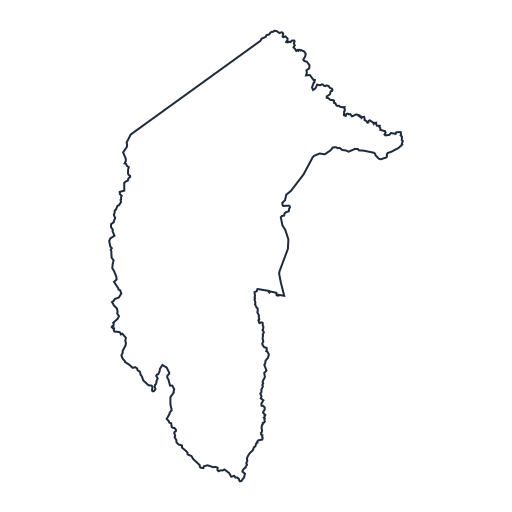 Unincorporated ACT, Australian Capital Territory, Australia (Albers equal-area conic projection)
{"feature_id": "25037944B15172244637897", "entity_name": "Unincorporated ACT", "entity_type": "district", "adm_level": 2, "iso_a3": "AUS", "parent_name": "Australia", "parent_adm1": "Australian Capital Territory", "projection": "albers", "projection_center": [149.092, -35.522], "detail": "fine", "context": "isolated", "style": "outline", "palette": "slate", "viewbox_px": 512, "rotation_deg": 0, "n_neighbors": 0, "source": "geoboundaries", "source_scale": "gbopen_adm2", "svg_char_len": 6050}
<svg xmlns="http://www.w3.org/2000/svg" viewBox="0 0 512 512"><path d="M313.6,80.1L309.8,75.0L306.0,75.4L306.9,72.7L306.4,70.3L309.2,68.4L309.5,65.2L306.9,61.8L304.3,61.0L303.3,59.7L305.1,56.5L305.8,54.0L304.2,51.5L301.3,50.2L300.4,50.5L300.0,49.9L298.9,49.9L298.5,50.6L297.8,50.0L296.7,51.0L295.9,50.7L295.9,49.9L293.5,47.3L294.8,45.3L293.8,43.4L294.6,41.6L294.3,40.6L292.0,40.5L290.5,42.1L289.0,41.7L287.8,42.4L286.2,42.1L286.5,41.2L287.4,40.6L287.6,38.6L285.4,36.4L283.4,37.2L282.6,36.6L283.2,34.1L282.6,32.7L281.8,32.3L279.4,33.0L276.8,31.2L274.3,30.7L273.0,31.9L271.8,31.8L270.5,32.6L269.1,34.5L266.5,35.1L265.8,36.8L261.4,38.8L260.6,40.7L130.7,134.5L126.6,142.6L127.1,144.8L126.9,146.8L123.1,152.4L125.8,158.8L125.8,161.0L124.6,163.4L125.9,163.7L126.8,165.7L128.8,167.2L128.1,169.5L128.0,173.4L128.6,174.9L130.1,175.9L130.2,176.9L128.4,178.4L127.8,180.6L125.9,181.4L124.2,182.9L124.3,190.6L119.7,191.9L119.9,194.1L121.7,195.8L121.1,197.1L121.1,199.4L120.5,200.0L121.1,201.9L119.0,205.2L117.5,205.8L116.0,209.6L114.7,210.6L114.6,213.0L113.8,214.9L115.2,218.0L113.7,221.4L113.8,222.2L111.2,224.0L111.0,225.0L111.0,227.2L112.8,229.7L112.6,231.4L114.5,235.7L110.3,238.4L109.2,241.0L110.3,246.5L111.8,248.2L110.7,249.7L111.3,251.1L111.6,257.7L113.6,260.4L112.6,264.5L112.3,268.2L114.1,271.2L116.3,276.6L116.6,279.5L114.0,281.9L118.3,288.3L118.5,289.5L120.1,290.2L121.3,293.5L118.8,297.5L114.8,299.0L113.7,300.9L112.0,302.0L114.0,305.5L116.9,308.5L117.6,311.6L117.2,313.5L119.0,316.2L117.6,318.8L113.2,322.8L113.7,323.4L113.4,326.1L112.4,326.1L111.7,327.0L112.9,328.3L114.1,328.4L113.8,330.5L114.4,331.5L119.0,332.0L120.2,332.6L120.9,334.4L122.3,333.7L125.9,337.8L125.3,340.6L125.9,343.2L125.5,345.6L122.7,350.8L122.7,352.9L121.4,355.4L122.6,358.6L124.9,361.2L125.0,362.0L129.1,364.6L132.6,367.8L135.3,367.2L137.1,368.5L137.6,370.3L139.5,371.4L140.1,372.3L140.6,374.8L141.9,376.4L143.2,380.3L148.4,385.2L151.6,385.6L152.5,386.9L152.0,390.1L152.4,391.1L153.2,391.4L154.2,390.9L155.5,389.1L154.7,386.5L155.0,385.0L156.1,383.8L156.6,380.6L157.7,378.5L156.2,375.8L157.0,374.5L158.3,374.2L159.6,371.1L160.0,368.7L162.4,365.0L166.6,367.5L169.2,372.6L169.2,373.8L167.4,375.6L167.2,377.5L168.5,379.6L170.0,385.6L172.2,385.6L174.2,389.3L173.6,391.5L173.8,392.4L170.4,397.2L170.4,404.5L171.7,410.1L169.6,412.8L169.5,414.0L166.7,418.9L168.7,421.0L169.3,422.6L171.2,423.3L171.7,427.1L172.7,427.8L174.4,427.9L176.0,429.9L175.8,431.3L174.5,432.0L174.2,433.1L175.2,435.6L174.6,437.2L176.4,440.2L176.4,441.9L177.2,443.2L178.8,444.6L182.0,445.5L181.9,447.5L186.8,451.7L187.6,453.0L187.6,454.4L191.4,456.0L193.3,459.2L199.6,465.0L200.0,467.1L201.1,467.8L203.3,468.1L203.9,466.3L207.6,465.3L213.2,467.2L215.6,466.9L217.6,467.7L217.5,470.2L218.5,471.2L220.3,470.4L222.8,470.4L224.4,469.5L229.2,473.1L231.2,476.7L234.3,475.9L235.4,477.5L237.0,477.5L238.9,478.9L239.3,480.6L240.0,481.3L241.4,481.0L243.9,477.6L245.0,473.8L242.4,471.6L242.5,470.8L243.6,469.0L245.7,467.4L245.6,466.6L247.0,464.8L246.3,463.0L247.3,460.9L246.9,458.4L248.2,455.5L249.8,453.1L252.8,450.3L253.9,447.3L255.3,446.4L256.4,443.1L257.5,442.6L257.3,441.5L258.4,440.3L262.2,439.6L262.7,438.1L262.1,436.5L262.4,435.2L261.3,434.7L260.9,433.1L261.7,432.2L262.1,430.5L261.5,427.6L262.0,425.1L262.8,424.2L262.7,423.0L264.0,422.6L264.8,421.7L264.4,419.8L264.8,418.7L263.8,417.6L264.4,417.2L265.3,415.1L264.5,414.9L264.5,414.1L263.2,412.9L263.1,412.0L264.7,409.7L264.6,407.2L262.8,405.8L261.6,405.8L261.4,405.0L261.4,403.5L263.4,400.3L260.7,398.3L261.5,396.5L260.3,393.6L261.5,391.9L261.3,389.9L262.9,386.4L262.3,385.0L263.2,383.3L262.6,382.5L262.8,381.2L264.9,377.0L264.2,373.0L266.5,370.6L264.3,364.8L265.1,363.8L265.6,360.6L268.0,357.8L268.9,354.5L267.3,351.5L266.3,351.2L266.8,349.3L266.6,347.9L264.3,347.3L262.4,344.7L262.3,343.4L263.3,341.5L262.6,338.4L263.0,335.6L262.7,334.6L263.9,332.3L262.5,329.9L263.1,329.2L263.4,326.6L262.8,325.7L262.6,322.7L261.1,322.4L259.5,323.1L258.9,322.3L258.8,320.6L258.4,320.2L259.3,319.2L258.7,317.0L259.0,315.7L257.3,312.1L257.8,311.0L257.5,308.2L256.6,307.6L255.0,304.3L255.4,302.7L254.5,299.2L255.1,298.4L254.6,297.2L255.0,295.9L254.5,292.2L256.7,291.2L257.5,289.0L268.8,290.9L268.8,292.1L269.4,292.6L270.3,291.5L276.4,292.8L276.6,295.3L278.4,295.6L278.5,294.8L284.2,295.8L281.1,283.6L280.6,283.6L281.0,283.4L279.1,273.6L279.6,271.1L287.9,248.8L288.4,239.4L285.2,229.7L282.4,225.3L280.8,217.3L281.8,216.0L284.1,215.6L284.6,213.4L285.9,212.2L288.8,211.3L289.0,209.1L290.0,207.1L289.6,206.1L288.7,205.6L283.3,206.0L282.6,205.1L282.3,202.8L284.9,200.4L286.3,194.7L291.0,190.8L303.5,174.5L312.8,157.1L314.1,155.8L319.6,153.5L324.8,154.3L330.6,150.3L332.7,147.5L336.0,147.2L337.8,148.2L339.6,147.9L342.3,150.0L346.1,150.5L348.5,151.7L354.8,149.0L354.0,148.4L354.9,149.0L357.8,149.0L359.1,150.4L363.4,150.6L373.7,152.7L374.8,153.4L375.7,155.5L378.8,158.7L380.7,159.3L386.5,157.4L386.9,156.6L386.9,154.1L387.7,153.0L391.7,151.6L398.6,147.9L402.2,144.6L401.8,144.0L402.8,141.1L401.8,140.1L401.9,136.5L400.6,135.5L401.0,134.4L400.7,132.1L397.0,132.2L395.8,132.7L395.6,133.9L391.0,133.0L389.2,134.9L385.4,135.4L384.5,134.5L385.6,132.7L385.1,131.2L380.3,129.9L380.3,128.0L379.2,126.6L379.6,125.8L376.9,125.7L376.1,124.0L376.2,122.7L374.4,122.9L373.8,123.9L373.0,122.5L369.7,120.3L368.7,120.9L368.3,122.5L367.4,122.7L366.7,121.4L364.5,119.9L364.6,118.6L364.1,116.8L362.6,117.0L361.5,117.9L361.2,116.7L360.1,116.9L359.5,116.3L359.7,115.5L358.8,115.1L358.3,115.5L357.8,114.9L356.3,114.4L352.0,116.4L350.3,114.1L349.1,114.4L347.6,113.6L346.4,113.9L345.6,116.0L344.0,115.2L344.1,111.5L344.7,111.0L344.9,109.3L344.3,108.6L344.6,107.1L342.1,107.2L339.9,106.7L339.1,105.8L337.3,105.9L336.4,105.4L335.3,103.1L334.2,103.1L333.8,101.5L334.1,100.7L333.7,100.3L330.2,99.8L328.4,98.2L326.7,97.8L326.8,96.4L329.9,94.3L330.7,91.3L332.1,90.9L332.5,90.0L331.9,88.7L329.7,87.7L328.7,86.1L326.7,85.4L325.5,86.0L324.1,85.8L322.8,84.5L321.7,84.4L320.1,85.3L317.2,84.6L315.3,88.5L313.1,90.0L312.0,87.5L313.7,82.7L314.3,82.6L314.8,80.0L313.6,80.1Z" fill="none" stroke="#1e293b" stroke-width="2"/></svg>